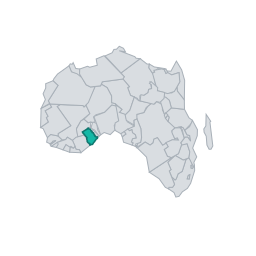 Ghana on a map of Africa (orthographic projection), rotated 328°
{"feature_id": "GHA", "entity_name": "Ghana", "entity_type": "country or territory", "adm_level": 0, "iso_a3": "GHA", "parent_name": "Africa", "parent_adm1": "", "projection": "orthographic", "projection_center": [-1.079, 7.965], "detail": "fine", "context": "in_parent", "style": "filled", "palette": "teal", "viewbox_px": 256, "rotation_deg": 328, "n_neighbors": 49, "source": "natural_earth", "source_scale": "50m", "svg_char_len": 11727}
<svg xmlns="http://www.w3.org/2000/svg" viewBox="0 0 256 256"><g transform="rotate(328 128 128)"><path d="M175.4,133.9L185.8,142.1L185.1,151.6L186.7,155.8L185.0,157.4L175.1,160.0L174.0,155.0L167.9,152.9L165.8,148.7L165.4,143.7L168.6,140.6L168.0,135.1L175.4,133.9Z" fill="#d9dde1" stroke="#a8b0b8" stroke-width="1"/><path d="M74.5,66.2L74.3,69.9L66.9,69.6L66.4,75.8L64.3,76.0L63.7,80.8L54.1,81.3L64.7,65.3L74.5,66.2Z" fill="#d9dde1" stroke="#a8b0b8" stroke-width="1"/><path d="M165.4,143.7L167.9,152.9L163.5,153.8L162.0,161.8L164.6,162.5L164.4,165.0L159.4,161.5L148.2,161.0L147.8,151.8L144.0,151.2L141.4,153.9L137.7,154.2L135.1,149.0L125.0,149.1L128.6,145.8L131.0,146.9L134.5,143.2L138.6,135.2L140.6,123.4L142.7,121.1L149.7,123.3L157.1,119.7L161.0,119.5L163.4,121.7L166.2,120.7L169.6,126.5L166.8,130.8L165.4,143.7Z" fill="#d9dde1" stroke="#a8b0b8" stroke-width="1"/><path d="M190.6,134.1L189.4,122.9L191.4,119.0L196.4,116.3L200.6,108.0L193.2,106.1L190.8,102.8L191.5,100.4L194.5,102.6L204.5,96.9L204.3,107.2L201.3,117.6L190.6,134.1Z" fill="#d9dde1" stroke="#a8b0b8" stroke-width="1"/><path d="M185.8,142.1L175.4,133.9L177.7,126.5L175.4,120.7L177.9,117.3L183.8,121.5L190.9,119.8L189.4,122.9L190.6,134.1L185.8,142.1Z" fill="#d9dde1" stroke="#a8b0b8" stroke-width="1"/><path d="M154.2,112.3L152.4,111.3L151.6,110.6L151.6,107.7L147.4,101.6L149.1,93.6L151.1,93.7L149.5,82.7L152.0,82.6L151.2,77.6L175.0,75.6L178.0,83.8L180.0,85.1L177.6,88.0L177.8,96.7L174.7,104.5L174.6,109.5L171.1,100.7L168.9,107.1L165.9,106.2L163.8,108.6L158.9,108.8L155.0,107.0L152.6,111.4L154.2,112.3Z" fill="#d9dde1" stroke="#a8b0b8" stroke-width="1"/><path d="M149.7,83.8L151.1,93.7L149.1,93.6L147.4,101.6L149.8,105.1L138.9,114.0L132.5,115.5L129.0,110.2L132.7,109.0L130.1,100.6L127.4,98.0L131.0,92.2L131.7,82.7L128.6,76.7L130.7,75.2L149.7,83.8Z" fill="#d9dde1" stroke="#a8b0b8" stroke-width="1"/><path d="M130.1,201.1L131.3,200.0L134.4,201.9L137.6,200.5L139.2,192.7L140.4,197.0L142.0,196.7L146.2,193.4L151.0,193.5L160.4,185.5L163.9,185.6L164.2,190.1L163.1,193.3L161.6,193.2L160.3,195.4L161.2,196.5L164.5,195.0L162.0,199.4L151.8,208.1L146.4,210.7L140.3,210.9L135.0,213.0L132.0,211.9L132.8,207.1L130.1,201.1ZM155.7,200.3L154.0,200.2L151.3,202.5L153.0,203.7L155.7,200.3Z" fill="#d9dde1" stroke="#a8b0b8" stroke-width="1"/><path d="M155.7,200.3L153.0,203.7L151.3,202.5L154.0,200.2L155.7,200.3Z" fill="#d9dde1" stroke="#a8b0b8" stroke-width="1"/><path d="M163.9,185.6L157.8,184.4L153.4,176.3L157.2,176.5L164.9,170.3L169.8,172.6L167.8,180.9L163.9,185.6Z" fill="#d9dde1" stroke="#a8b0b8" stroke-width="1"/><path d="M160.4,185.5L151.0,193.5L146.2,193.4L142.0,196.7L140.4,197.0L139.2,192.7L140.2,186.3L142.4,186.1L143.6,178.1L153.4,176.3L157.8,184.4L160.4,185.5Z" fill="#d9dde1" stroke="#a8b0b8" stroke-width="1"/><path d="M140.2,186.3L137.6,200.5L134.4,201.9L131.3,200.0L130.1,201.1L128.2,198.1L127.5,187.5L122.6,176.8L153.1,176.0L143.6,178.1L142.4,186.1L140.2,186.3Z" fill="#d9dde1" stroke="#a8b0b8" stroke-width="1"/><path d="M53.4,99.9L51.5,96.9L55.3,92.7L59.0,92.5L64.5,97.7L65.9,103.2L53.3,103.0L53.0,101.0L60.3,100.4L53.4,99.9Z" fill="#d9dde1" stroke="#a8b0b8" stroke-width="1"/><path d="M65.9,103.2L64.5,97.7L65.8,95.7L80.7,95.7L79.3,72.2L82.8,72.2L101.8,85.2L101.9,86.8L104.5,86.5L103.3,95.6L91.7,97.1L84.4,100.9L80.8,108.8L74.3,109.1L71.7,103.7L69.1,104.8L65.9,103.2Z" fill="#d9dde1" stroke="#a8b0b8" stroke-width="1"/><path d="M54.1,81.3L63.7,80.8L64.3,76.0L66.4,75.8L66.9,69.6L74.3,69.9L74.5,66.2L82.8,72.2L79.3,72.2L80.7,95.7L65.8,95.7L64.5,97.7L59.0,92.5L54.5,93.5L55.7,83.6L54.1,81.3Z" fill="#d9dde1" stroke="#a8b0b8" stroke-width="1"/><path d="M101.2,119.3L99.1,119.6L98.6,112.0L96.3,108.6L101.5,104.0L103.9,107.8L101.3,113.5L101.2,119.3Z" fill="#d9dde1" stroke="#a8b0b8" stroke-width="1"/><path d="M128.6,76.7L131.7,82.7L131.0,92.2L127.4,98.0L130.1,100.6L129.2,102.7L126.4,100.0L116.6,102.3L107.8,99.8L104.5,100.7L103.4,105.5L96.9,102.5L95.3,97.2L103.3,95.6L104.5,86.5L122.0,75.4L127.1,77.7L128.6,76.7Z" fill="#d9dde1" stroke="#a8b0b8" stroke-width="1"/><path d="M101.2,119.3L105.2,100.1L116.6,102.3L126.4,100.0L130.2,103.7L123.9,117.0L117.7,118.5L115.9,122.8L109.4,124.2L105.4,119.2L101.2,119.3Z" fill="#d9dde1" stroke="#a8b0b8" stroke-width="1"/><path d="M129.9,101.8L132.7,109.0L129.0,110.2L132.8,114.8L130.7,122.4L134.4,129.9L118.9,129.1L115.9,123.5L116.5,121.0L119.8,116.9L123.9,117.0L129.9,101.8Z" fill="#d9dde1" stroke="#a8b0b8" stroke-width="1"/><path d="M96.6,107.2L99.1,119.6L97.1,120.1L94.3,108.0L96.6,107.2Z" fill="#d9dde1" stroke="#a8b0b8" stroke-width="1"/><path d="M74.3,109.1L78.9,108.3L87.3,110.7L87.2,122.5L74.9,124.0L75.3,120.6L72.7,118.6L74.3,109.1Z" fill="#d9dde1" stroke="#a8b0b8" stroke-width="1"/><path d="M60.5,102.7L69.1,104.8L71.7,103.7L74.3,109.1L73.5,115.5L71.2,116.4L69.9,113.3L68.0,113.7L66.6,109.3L61.3,112.1L56.9,106.5L60.5,102.7Z" fill="#d9dde1" stroke="#a8b0b8" stroke-width="1"/><path d="M53.3,103.0L60.5,102.7L60.3,104.7L56.9,106.5L53.3,103.0Z" fill="#d9dde1" stroke="#a8b0b8" stroke-width="1"/><path d="M73.1,115.5L72.7,118.6L75.3,120.6L74.9,124.0L65.6,117.6L68.7,113.6L71.2,116.4L73.1,115.5Z" fill="#d9dde1" stroke="#a8b0b8" stroke-width="1"/><path d="M61.3,112.1L66.6,109.3L68.7,113.6L65.6,117.6L61.3,112.1Z" fill="#d9dde1" stroke="#a8b0b8" stroke-width="1"/><path d="M80.8,108.8L83.7,101.5L91.7,97.1L95.3,97.2L96.9,102.5L99.8,103.1L96.6,107.2L87.0,107.3L87.3,110.7L80.8,108.8Z" fill="#d9dde1" stroke="#a8b0b8" stroke-width="1"/><path d="M161.0,119.5L154.3,120.3L149.7,123.3L142.7,121.1L140.4,125.1L137.2,124.7L134.6,128.6L130.6,120.6L132.5,115.5L138.9,114.0L149.8,105.1L151.6,110.6L161.0,119.5Z" fill="#d9dde1" stroke="#a8b0b8" stroke-width="1"/><path d="M140.4,125.1L138.6,135.2L134.5,143.2L131.0,146.9L126.2,145.7L124.4,147.3L122.4,144.7L124.3,143.3L123.4,141.7L126.1,139.5L129.6,140.7L130.7,137.8L129.3,134.4L130.4,131.4L127.9,131.2L127.4,128.8L134.4,129.9L137.2,124.7L140.4,125.1Z" fill="#d9dde1" stroke="#a8b0b8" stroke-width="1"/><path d="M122.9,129.0L127.1,128.7L127.9,131.2L130.4,131.4L129.3,134.4L130.7,137.8L129.6,140.7L126.1,139.5L123.4,141.7L124.3,143.3L122.4,144.7L116.7,137.7L118.5,132.3L123.0,132.0L122.9,129.0Z" fill="#d9dde1" stroke="#a8b0b8" stroke-width="1"/><path d="M118.9,129.1L122.9,129.0L123.0,132.0L118.5,132.3L118.9,129.1Z" fill="#d9dde1" stroke="#a8b0b8" stroke-width="1"/><path d="M167.9,152.9L172.8,155.7L170.6,165.6L171.5,166.1L165.0,168.6L164.9,170.3L157.2,176.5L149.0,176.1L146.4,172.9L147.3,165.4L152.1,165.1L152.3,160.4L159.4,161.5L164.4,165.0L164.6,162.5L162.0,161.8L162.8,155.4L164.1,153.4L167.9,152.9Z" fill="#d9dde1" stroke="#a8b0b8" stroke-width="1"/><path d="M172.0,154.7L174.9,156.7L174.4,164.9L176.3,167.1L174.1,172.4L173.8,167.4L170.6,165.6L173.2,157.8L172.0,154.7Z" fill="#d9dde1" stroke="#a8b0b8" stroke-width="1"/><path d="M175.1,160.0L180.9,159.5L186.7,155.8L186.0,166.2L182.6,171.3L172.2,179.3L171.0,188.9L165.7,192.0L164.5,195.0L163.0,195.2L163.9,185.6L167.8,180.9L169.8,172.6L164.9,171.1L165.0,168.6L171.5,166.1L173.8,167.4L174.1,172.4L176.3,167.1L174.4,164.9L175.1,160.0Z" fill="#d9dde1" stroke="#a8b0b8" stroke-width="1"/><path d="M163.0,195.2L161.2,196.5L160.3,195.4L161.6,193.2L163.0,195.2Z" fill="#d9dde1" stroke="#a8b0b8" stroke-width="1"/><path d="M124.4,147.3L126.2,147.1L125.0,149.1L124.4,147.3ZM125.3,149.9L135.1,149.0L137.7,154.2L141.4,153.9L144.0,151.2L147.8,151.8L148.2,161.0L152.4,161.1L152.1,165.1L147.3,165.4L146.4,172.9L149.0,176.1L122.6,176.8L128.3,162.5L125.3,149.9Z" fill="#d9dde1" stroke="#a8b0b8" stroke-width="1"/><path d="M168.0,138.3L168.6,140.6L165.4,143.7L164.9,139.6L168.0,138.3Z" fill="#d9dde1" stroke="#a8b0b8" stroke-width="1"/><path d="M201.5,157.8L201.7,166.2L200.6,166.4L190.4,188.2L187.2,190.0L185.5,189.0L185.9,184.3L190.0,176.4L190.3,171.9L191.8,169.0L195.1,167.5L201.5,157.8Z" fill="#d9dde1" stroke="#a8b0b8" stroke-width="1"/><path d="M53.0,101.0L57.4,99.3L60.3,100.4L53.0,101.0Z" fill="#d9dde1" stroke="#a8b0b8" stroke-width="1"/><path d="M114.8,59.1L109.8,50.4L110.9,44.0L113.0,43.0L114.5,44.4L116.1,43.5L115.2,49.8L118.3,52.4L114.8,59.1Z" fill="#d9dde1" stroke="#a8b0b8" stroke-width="1"/><path d="M74.5,66.2L74.8,62.7L91.2,54.8L89.4,48.2L91.4,46.9L96.9,44.9L110.9,44.0L109.8,50.4L113.5,55.0L115.7,61.2L115.4,69.2L117.9,73.3L122.0,75.4L107.9,85.4L101.9,86.8L101.8,85.2L74.5,66.2Z" fill="#d9dde1" stroke="#a8b0b8" stroke-width="1"/><path d="M177.8,94.5L177.6,88.0L180.0,85.1L182.6,90.1L190.9,97.3L189.7,97.9L184.6,93.4L177.8,94.5Z" fill="#d9dde1" stroke="#a8b0b8" stroke-width="1"/><path d="M64.7,65.3L73.0,60.1L74.1,54.0L79.4,50.5L81.7,46.8L89.4,48.2L91.2,54.8L74.8,62.7L74.6,65.6L64.7,65.3Z" fill="#d9dde1" stroke="#a8b0b8" stroke-width="1"/><path d="M175.0,75.6L151.2,77.6L146.7,54.7L154.4,55.8L157.7,53.9L160.0,55.1L163.9,54.1L166.4,58.0L166.2,62.1L161.5,57.8L171.6,71.1L171.8,73.1L175.0,75.6Z" fill="#d9dde1" stroke="#a8b0b8" stroke-width="1"/><path d="M146.0,54.0L152.0,82.6L149.7,83.8L130.7,75.2L127.1,77.7L117.9,73.3L115.4,69.2L115.5,56.6L118.3,52.4L126.4,54.2L127.7,56.2L135.2,58.5L137.6,52.6L146.0,54.0Z" fill="#d9dde1" stroke="#a8b0b8" stroke-width="1"/><path d="M200.6,108.0L196.4,116.3L186.6,121.6L179.8,119.8L172.7,112.0L177.8,94.5L180.2,94.8L180.5,92.8L188.0,95.8L189.7,97.9L189.1,101.8L191.0,101.9L193.2,106.1L200.6,108.0Z" fill="#d9dde1" stroke="#a8b0b8" stroke-width="1"/><path d="M189.7,97.9L191.5,98.0L191.0,101.9L189.1,101.8L189.7,97.9Z" fill="#d9dde1" stroke="#a8b0b8" stroke-width="1"/><path d="M175.4,133.9L166.1,135.7L169.6,122.5L175.4,120.7L176.5,122.4L177.7,126.5L175.4,133.9Z" fill="#d9dde1" stroke="#a8b0b8" stroke-width="1"/><path d="M168.0,135.1L168.7,137.9L164.9,139.6L165.5,136.5L168.0,135.1Z" fill="#d9dde1" stroke="#a8b0b8" stroke-width="1"/><path d="M168.7,123.2L166.2,120.7L162.4,121.5L152.6,111.4L156.6,106.6L158.9,108.8L163.8,108.6L165.9,106.2L168.9,107.1L170.8,103.7L169.8,101.5L172.1,100.8L174.6,109.5L172.7,112.0L177.9,117.3L174.2,122.0L168.7,123.2Z" fill="#d9dde1" stroke="#a8b0b8" stroke-width="1"/><path d="M94.2,106.9L94.4,107.1L94.3,107.5L94.2,107.7L94.2,107.9L94.2,108.0L94.5,108.3L94.8,108.6L94.9,108.8L95.2,109.0L95.3,109.0L95.3,109.9L95.3,110.2L95.2,110.3L95.2,110.6L95.3,110.8L95.2,110.8L95.1,111.0L95.3,111.1L95.5,111.1L95.7,111.3L95.6,111.7L95.6,112.0L95.6,112.4L95.6,112.6L95.5,112.8L95.3,112.9L95.4,113.0L95.6,113.4L96.0,113.6L96.1,113.9L96.1,114.1L95.9,114.3L95.9,114.5L95.9,115.5L95.7,116.0L95.7,116.3L95.8,116.4L96.0,116.5L96.0,116.8L95.9,117.2L95.9,117.3L95.8,117.5L95.7,117.6L95.8,117.7L95.7,117.8L95.8,117.9L95.9,118.1L96.1,118.4L96.2,118.5L96.3,118.8L96.5,119.0L96.9,119.1L97.0,119.3L97.2,119.5L97.3,119.5L97.2,119.8L97.1,120.0L96.8,120.4L96.3,120.6L96.1,120.6L95.1,120.6L94.1,121.1L93.5,121.2L93.2,121.5L92.7,121.7L92.4,121.9L91.7,122.0L90.6,122.4L90.3,122.6L89.9,122.8L89.3,123.1L89.1,123.1L88.7,122.8L88.3,122.7L87.5,122.5L86.9,122.4L86.6,122.3L86.6,122.2L86.8,122.2L87.1,122.1L87.3,122.1L87.3,121.8L87.3,121.7L87.4,121.4L87.3,121.0L87.3,120.9L86.9,120.9L86.8,120.7L86.7,120.5L86.7,120.1L86.5,119.7L86.3,119.1L86.3,118.8L86.2,118.6L86.2,118.3L86.3,118.2L86.2,118.0L86.2,117.9L86.4,117.5L86.7,117.1L86.8,117.0L86.9,116.9L86.9,116.7L86.9,116.2L87.1,115.7L87.2,115.4L87.3,115.3L87.3,115.1L87.7,114.8L87.8,114.7L87.9,114.4L88.0,114.4L88.0,113.6L87.9,112.9L87.8,112.7L87.7,112.4L87.6,112.2L87.6,111.7L87.6,111.4L87.6,111.2L87.6,110.9L87.4,110.6L87.4,110.4L87.5,110.3L87.5,110.0L87.4,109.5L87.4,109.3L87.5,109.1L87.4,109.0L87.3,108.9L87.4,108.7L87.2,108.5L87.1,108.2L87.1,107.9L87.3,107.3L87.3,107.2L87.5,107.2L88.1,107.2L88.8,107.2L89.6,107.2L90.4,107.2L90.5,107.2L91.3,107.2L91.8,107.2L92.0,107.2L92.1,107.3L92.5,107.2L92.8,107.4L93.0,107.3L93.2,107.2L93.3,107.0L93.5,107.0L93.6,106.9L94.2,106.9Z" fill="#14b8a6" stroke="#0f766e" stroke-width="1.5"/></g></svg>